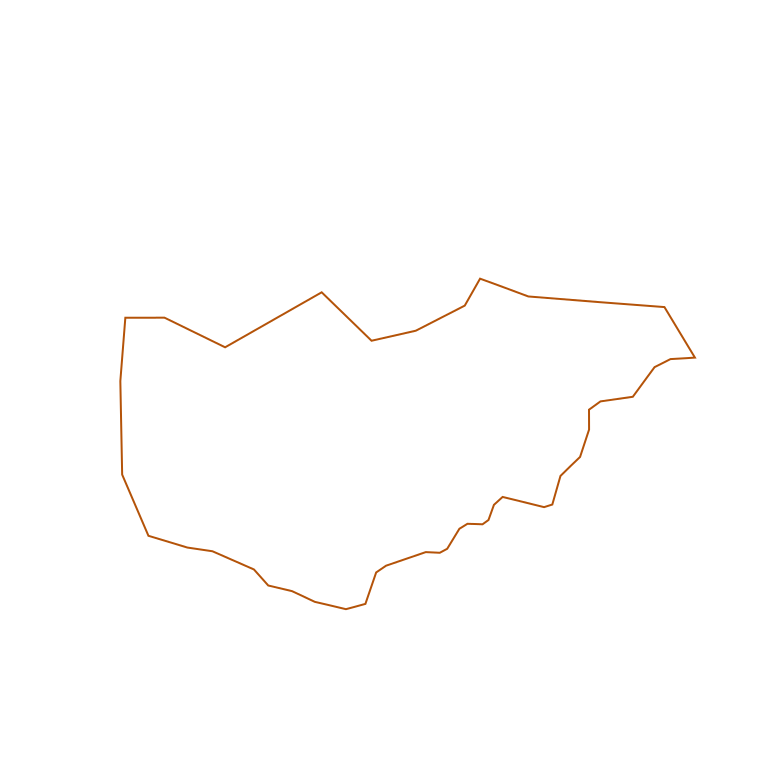 the district of Likasi, Katanga, Democratic Republic of the Congo, rotated 329°
{"feature_id": "63176286B59059722008658", "entity_name": "Likasi", "entity_type": "district", "adm_level": 2, "iso_a3": "COD", "parent_name": "Democratic Republic of the Congo", "parent_adm1": "Katanga", "projection": "orthographic", "projection_center": [26.757, -10.963], "detail": "fine", "context": "isolated", "style": "outline", "palette": "amber", "viewbox_px": 768, "rotation_deg": 329, "n_neighbors": 0, "source": "geoboundaries", "source_scale": "gbopen_adm2", "svg_char_len": 910}
<svg xmlns="http://www.w3.org/2000/svg" viewBox="0 0 768 768"><g transform="rotate(329 384 384)"><path d="M196.4,194.0L159.5,245.7L112.9,326.8L103.9,392.8L131.2,422.9L150.8,439.0L160.5,452.7L177.0,476.0L181.0,497.1L198.5,514.2L212.5,535.1L221.7,544.0L235.4,557.4L243.7,559.8L254.8,562.9L278.8,542.7L280.2,541.5L292.2,540.8L311.3,544.9L333.2,549.6L344.9,557.4L353.3,557.8L374.1,546.9L376.5,546.9L383.5,546.8L389.3,550.5L396.2,555.0L402.3,554.5L403.5,554.4L416.0,544.2L427.5,541.9L435.3,549.6L457.8,572.0L466.2,574.0L477.2,563.7L487.9,553.7L495.0,552.0L502.1,550.3L512.3,548.0L514.5,547.5L536.3,528.7L544.3,515.3L546.5,511.6L560.6,510.4L590.7,523.1L611.9,514.2L624.6,508.9L642.4,510.2L656.1,517.4L664.1,521.5L664.0,462.5L610.7,424.7L552.8,383.3L537.0,363.5L520.6,343.2L493.6,358.4L438.7,354.7L395.6,340.5L377.8,273.3L266.7,270.7L230.0,214.1L196.4,194.0Z" fill="none" stroke="#b45309" stroke-width="2"/></g></svg>